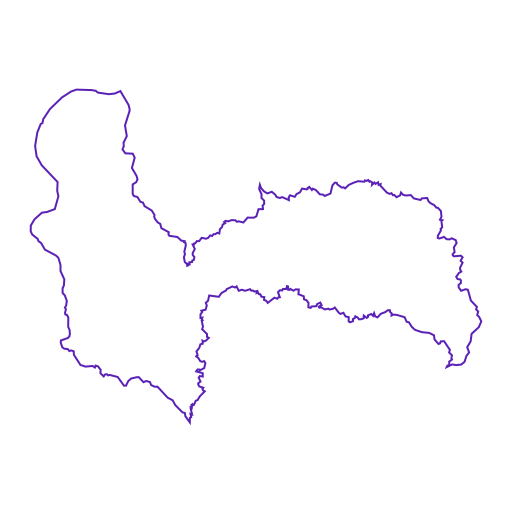 Rusizi, Western, Rwanda (orthographic projection)
{"feature_id": "39286606B89224673348511", "entity_name": "Rusizi", "entity_type": "district", "adm_level": 2, "iso_a3": "RWA", "parent_name": "Rwanda", "parent_adm1": "Western", "projection": "orthographic", "projection_center": [29.077, -2.558], "detail": "fine", "context": "isolated", "style": "outline", "palette": "violet", "viewbox_px": 512, "rotation_deg": 0, "n_neighbors": 0, "source": "geoboundaries", "source_scale": "gbopen_adm2", "svg_char_len": 6053}
<svg xmlns="http://www.w3.org/2000/svg" viewBox="0 0 512 512"><path d="M461.3,271.6L460.0,269.3L460.2,267.5L462.6,262.6L460.6,260.8L462.6,257.3L460.9,255.7L454.0,256.3L452.8,255.4L452.7,254.1L454.6,252.2L453.9,247.4L456.6,243.0L455.7,240.1L451.6,238.3L449.7,239.4L446.6,239.2L444.0,236.9L439.4,238.5L437.8,238.0L437.9,235.7L441.0,230.3L440.6,228.9L442.2,227.3L441.4,221.1L442.3,220.2L440.0,219.7L441.5,216.8L440.9,211.1L438.0,207.9L436.3,207.6L434.3,205.2L430.4,203.1L428.4,201.1L427.2,198.0L421.8,198.4L420.6,200.0L413.8,198.4L410.8,195.1L405.7,195.5L403.0,194.8L401.0,192.5L400.1,195.4L396.5,197.2L394.4,195.0L392.9,195.2L391.5,193.2L389.7,193.9L386.9,192.6L380.4,185.7L380.6,184.1L378.6,184.9L378.1,182.3L375.5,183.9L374.5,182.5L372.0,184.9L372.3,182.5L370.3,181.2L369.4,181.7L368.2,180.0L366.8,180.9L365.0,180.4L364.4,181.7L358.0,181.2L353.4,182.8L348.8,184.9L345.1,188.4L343.6,187.3L341.8,187.6L337.3,184.4L336.7,182.8L334.9,182.6L332.4,185.4L330.5,193.5L324.7,196.0L323.3,194.7L319.8,194.3L315.8,190.0L312.8,188.7L311.9,190.0L309.3,186.9L308.1,187.8L307.7,187.0L307.7,188.8L306.8,189.4L302.0,188.6L300.0,192.3L296.5,194.1L294.8,196.8L290.0,195.3L288.7,197.3L288.9,200.1L282.2,197.1L279.9,198.0L276.6,197.0L275.3,194.7L271.8,191.8L267.3,193.4L264.0,191.4L261.0,188.0L259.9,184.8L259.1,188.9L261.5,194.2L261.5,198.0L264.1,200.6L264.2,203.9L262.6,205.6L263.0,209.1L258.5,209.2L256.4,216.3L253.8,217.7L247.6,217.6L243.4,222.5L238.5,221.3L236.9,221.8L235.4,220.3L231.7,220.1L228.0,221.4L225.6,220.8L224.1,222.0L225.2,223.1L222.7,224.6L222.0,227.1L220.0,229.1L219.3,233.5L217.2,232.8L215.2,234.2L213.5,234.2L212.1,236.0L210.2,235.4L208.0,238.0L205.9,238.7L201.7,237.8L199.2,241.1L196.8,241.1L195.3,243.3L193.8,243.6L193.8,244.6L192.7,244.6L194.8,249.0L192.7,253.0L192.7,254.9L194.4,257.1L193.8,259.9L192.3,260.5L192.1,262.0L189.4,262.3L189.6,264.1L188.3,263.8L188.5,265.2L187.2,265.8L187.0,264.1L184.8,262.0L183.9,257.2L185.0,254.2L184.3,251.7L185.8,245.5L185.5,242.8L184.1,242.2L184.6,241.2L181.3,240.6L177.4,237.0L169.3,235.8L168.4,234.3L168.8,232.2L161.4,228.2L160.2,223.8L157.8,222.5L155.1,219.0L154.2,216.8L154.5,214.9L151.7,210.5L144.6,206.2L143.0,202.6L140.4,201.8L137.5,197.1L133.7,195.9L132.7,193.9L132.7,184.4L136.2,182.2L137.5,179.2L136.5,175.8L131.9,168.0L134.7,157.7L132.8,153.7L125.3,153.3L122.5,149.4L123.8,146.1L123.5,142.8L126.8,136.1L125.0,125.4L129.6,110.8L129.5,108.5L128.6,105.0L120.4,91.1L114.9,93.5L108.8,94.2L98.0,92.6L95.7,90.8L91.8,90.1L76.5,89.6L71.3,91.4L62.0,97.4L50.0,109.0L43.2,119.2L42.5,123.0L40.7,124.0L37.3,132.5L35.1,146.0L36.6,156.3L41.8,165.4L57.6,182.0L57.2,190.8L58.4,196.3L54.8,209.1L47.0,212.0L41.9,212.7L34.6,219.2L30.8,225.5L30.7,231.3L32.2,234.5L37.6,238.8L38.5,241.2L41.1,243.0L44.9,249.6L56.1,255.6L58.4,257.9L60.5,264.9L60.5,271.0L64.3,279.4L63.9,285.4L62.6,288.3L62.6,293.0L64.8,295.4L66.8,300.8L66.1,305.8L64.9,307.6L65.9,309.2L65.0,313.0L65.4,314.5L66.9,314.8L68.3,317.5L68.2,326.8L69.6,330.1L69.9,333.9L69.3,336.5L67.9,338.0L61.0,340.4L60.7,342.5L62.3,347.3L64.3,348.7L67.8,349.1L69.4,351.1L71.1,350.4L73.7,351.3L73.9,354.8L80.4,364.9L85.4,366.6L92.6,366.0L94.9,367.5L95.6,365.6L98.0,366.4L100.7,369.9L100.4,373.2L103.7,376.4L104.8,374.6L106.8,374.2L108.2,375.4L109.6,374.9L117.7,377.0L124.0,385.7L126.0,385.7L128.3,381.0L131.2,378.5L136.4,377.3L138.7,377.1L143.5,382.2L146.1,381.0L149.9,382.0L151.2,385.1L154.9,386.8L157.4,386.6L167.7,397.7L172.7,400.3L175.2,405.0L182.5,412.4L184.8,412.9L185.4,416.3L189.8,422.4L189.9,417.8L191.2,417.2L190.5,413.9L192.1,414.5L190.7,408.7L191.6,408.8L191.9,407.3L190.8,406.7L191.9,405.7L191.5,404.9L192.4,404.2L192.9,405.3L194.0,404.8L195.7,400.8L197.6,400.0L200.0,396.1L204.8,391.3L203.0,390.3L202.4,388.9L203.3,387.7L199.4,386.5L198.2,384.5L198.2,383.3L200.5,381.6L198.7,377.6L199.7,376.1L202.8,376.5L202.7,373.2L196.2,371.4L197.5,369.5L199.3,369.5L199.9,370.3L204.2,368.1L205.4,363.0L204.1,361.1L202.3,361.8L200.3,361.2L198.2,357.8L196.3,356.3L195.4,356.9L197.6,355.2L196.5,351.4L199.3,347.8L200.4,344.3L202.7,343.7L202.5,340.7L203.7,341.5L205.8,340.7L208.8,337.9L207.0,336.8L207.0,334.0L202.1,329.2L203.0,326.8L201.7,320.6L202.6,320.2L201.7,318.9L202.3,317.7L200.5,318.0L200.5,314.3L202.2,312.0L201.4,310.7L205.6,309.7L206.8,305.5L205.8,302.8L208.0,300.8L209.2,295.5L218.8,296.8L221.5,293.0L226.0,290.5L226.6,289.2L232.3,286.5L235.1,287.5L236.6,286.4L238.8,290.8L241.7,289.7L245.1,290.8L250.1,289.2L251.3,290.7L252.9,290.5L254.6,291.6L257.1,291.0L256.7,293.0L258.0,292.4L258.8,294.1L260.3,294.3L261.4,296.7L264.3,297.1L264.0,299.9L266.3,300.8L267.7,302.9L274.4,297.7L277.3,298.7L278.5,297.3L279.8,297.2L278.0,292.2L280.0,290.2L282.2,290.5L282.9,289.0L286.2,289.0L287.0,286.1L288.0,286.4L288.2,289.8L289.7,289.8L290.3,288.9L293.4,290.7L295.6,289.4L298.8,289.5L298.4,294.2L303.8,296.3L304.0,299.3L306.5,300.2L308.5,302.8L308.4,307.3L310.6,307.9L311.5,306.5L316.3,306.2L317.2,304.0L320.3,302.6L321.6,305.1L318.9,306.6L319.3,307.7L321.4,307.4L324.7,309.4L328.4,308.7L329.4,309.5L332.8,308.9L334.8,307.5L339.0,313.0L340.5,313.9L343.4,312.8L345.6,316.5L348.7,317.1L348.7,321.4L350.0,322.3L353.0,321.2L352.9,319.0L354.8,318.1L355.3,316.3L357.7,317.5L358.9,319.3L361.3,319.2L363.7,318.3L363.8,315.6L366.8,317.9L368.0,316.9L367.9,315.4L371.3,314.0L373.1,315.9L374.1,313.2L375.2,316.4L377.5,317.4L380.8,313.8L385.3,312.1L387.8,310.2L390.0,310.3L389.9,311.7L391.7,313.4L391.5,315.5L393.4,314.6L396.8,314.9L404.6,317.2L406.7,321.8L408.9,322.3L411.9,327.0L415.1,329.9L422.0,332.2L429.2,332.9L434.0,335.3L434.5,339.4L438.5,344.0L440.0,343.4L440.8,341.4L444.1,341.2L449.9,349.9L449.1,352.5L452.0,355.3L451.4,358.0L452.0,359.5L449.2,361.6L449.3,364.9L447.3,365.7L446.7,367.1L452.2,364.4L455.9,365.1L461.1,364.6L464.5,361.9L466.4,356.0L469.1,352.4L467.2,347.2L470.6,341.5L471.6,333.8L478.8,327.2L481.3,321.4L479.2,317.0L477.2,315.0L478.2,311.5L476.1,309.4L476.9,306.9L470.9,300.6L467.9,289.8L465.7,289.2L461.1,290.8L458.7,287.4L458.6,284.9L460.9,283.0L460.9,280.4L460.2,279.4L457.6,279.1L456.2,276.8L459.0,272.9L461.3,271.6Z" fill="none" stroke="#5b21b6" stroke-width="2"/></svg>